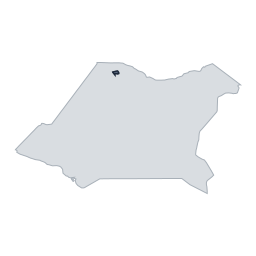 location of Seme, Nyanza, Kenya, rotated 90°
{"feature_id": "3690345B94022064198400", "entity_name": "Seme", "entity_type": "district", "adm_level": 2, "iso_a3": "KEN", "parent_name": "Kenya", "parent_adm1": "Nyanza", "projection": "equal_earth", "projection_center": [34.518, -0.156], "detail": "fine", "context": "in_parent", "style": "filled", "palette": "slate", "viewbox_px": 256, "rotation_deg": 90, "n_neighbors": 0, "source": "geoboundaries", "source_scale": "gbopen_adm2", "svg_char_len": 3394}
<svg xmlns="http://www.w3.org/2000/svg" viewBox="0 0 256 256"><g transform="rotate(90 128 128)"><path d="M62.5,159.0L62.5,155.2L62.9,145.6L62.8,137.2L63.2,133.0L64.7,130.3L65.4,128.4L66.0,125.7L66.8,123.4L68.6,121.6L68.9,120.6L70.9,117.6L72.0,113.8L72.9,112.5L74.0,111.2L74.8,110.6L76.1,110.0L77.1,109.6L77.2,109.3L77.3,108.7L77.0,106.3L77.4,105.5L78.1,103.9L78.9,102.4L79.6,101.4L80.0,100.5L80.2,98.8L80.2,97.6L80.2,95.6L80.0,91.2L79.1,87.5L78.6,83.3L79.0,82.0L78.4,79.5L78.0,79.4L77.5,78.9L76.8,76.6L76.3,74.5L76.0,73.9L73.8,72.1L72.7,67.8L71.5,66.8L70.8,62.5L70.7,61.3L71.4,57.0L71.3,56.1L70.6,55.2L68.5,54.2L66.8,52.5L67.1,51.9L67.2,51.2L66.3,50.8L63.7,43.5L67.0,39.1L70.4,34.6L74.6,29.0L78.5,23.8L81.9,19.3L84.9,15.4L84.9,16.1L84.9,17.1L85.3,17.7L85.9,18.2L86.7,17.7L87.5,17.1L88.2,17.0L92.8,18.6L93.5,20.1L93.5,21.6L93.7,22.8L93.3,23.9L92.9,27.3L93.1,30.5L94.4,32.8L95.6,34.6L96.6,37.2L97.3,38.0L98.3,38.4L101.4,38.5L106.0,38.7L110.5,38.8L110.9,38.9L111.8,39.2L115.9,42.7L119.6,45.9L122.8,48.6L125.9,51.3L128.9,53.9L131.2,56.1L133.5,56.8L137.2,57.1L139.8,57.2L142.1,58.1L145.7,58.9L148.3,59.4L149.9,59.9L154.3,60.4L155.1,60.1L157.0,57.7L159.2,53.8L160.0,51.6L162.8,49.5L167.8,46.5L171.3,44.4L175.1,42.3L176.9,44.1L179.3,47.1L180.4,48.5L181.3,49.2L182.6,49.6L184.2,49.6L185.1,49.5L186.9,49.1L191.1,48.8L193.5,48.8L191.5,52.7L189.1,57.4L184.7,66.0L181.3,70.5L178.7,73.9L178.5,74.5L178.5,78.4L178.5,87.7L178.6,106.3L178.7,125.0L178.7,143.6L178.8,153.0L178.8,156.1L181.0,160.0L183.2,163.8L186.1,168.9L187.7,171.6L187.9,172.5L187.9,174.4L185.5,178.2L183.5,179.9L180.9,180.7L180.1,180.6L179.0,180.0L178.6,180.9L178.3,182.3L177.7,182.0L177.3,181.6L177.6,184.1L177.8,185.4L177.4,187.1L176.1,188.5L176.0,189.8L173.2,193.0L169.3,193.4L167.2,195.0L166.3,196.3L165.6,199.2L165.8,203.6L164.7,207.1L164.5,208.8L162.5,211.0L161.6,213.0L160.9,215.1L160.3,216.0L159.6,220.6L158.7,223.4L158.4,224.3L158.2,225.2L157.5,226.8L157.0,228.0L156.6,228.7L154.2,235.9L152.3,239.2L150.9,238.8L149.9,240.0L149.8,240.6L149.3,240.3L148.1,239.1L145.5,236.7L143.0,234.2L140.5,231.8L138.0,229.3L135.5,226.9L133.0,224.5L130.5,222.0L127.9,219.6L126.5,218.1L125.8,217.3L125.3,215.6L125.0,215.2L124.4,214.7L123.6,214.5L123.4,214.2L123.4,213.4L123.6,212.2L124.6,210.0L124.7,208.7L124.5,207.2L124.2,204.8L124.0,204.2L122.3,203.0L118.8,200.3L115.3,197.7L111.8,195.1L108.3,192.4L104.8,189.8L101.3,187.2L97.8,184.5L94.3,181.9L90.8,179.3L87.3,176.6L83.8,174.0L80.3,171.4L76.8,168.7L73.3,166.1L69.8,163.5L66.3,160.8L65.0,159.9L63.8,159.0L62.5,159.0ZM179.0,184.6L178.4,184.8L178.7,183.5L180.5,181.9L181.2,182.3L181.4,182.6L181.3,183.0L181.0,183.3L179.0,184.6Z" fill="#d9dde1" stroke="#a8b0b8" stroke-width="1"/><path d="M71.0,138.5L71.0,138.8L70.9,138.9L71.1,139.4L71.1,139.5L71.2,139.8L71.2,140.0L71.3,140.3L71.3,140.5L71.6,141.4L71.6,141.6L71.7,141.8L71.7,142.0L71.8,142.2L71.8,142.4L71.8,142.6L72.0,143.3L72.4,143.2L72.7,142.9L72.8,142.8L73.5,142.3L75.1,141.0L73.7,141.0L73.5,140.0L73.5,139.9L73.6,139.7L73.7,139.4L73.7,139.2L73.8,139.2L73.9,138.9L73.9,138.7L74.0,138.7L74.0,138.4L73.9,138.3L73.9,138.2L73.8,137.9L73.7,137.8L73.7,137.7L73.4,137.7L73.4,137.4L73.4,137.2L73.2,137.2L73.2,137.3L73.0,137.2L72.9,137.2L72.8,137.3L72.7,137.3L72.4,137.4L72.3,137.5L72.2,137.5L71.9,137.7L71.8,137.8L71.7,137.8L71.5,138.0L71.4,138.0L71.2,138.2L71.2,138.3L71.0,138.5L71.0,138.5Z" fill="#64748b" stroke="#1e293b" stroke-width="1.5"/></g></svg>